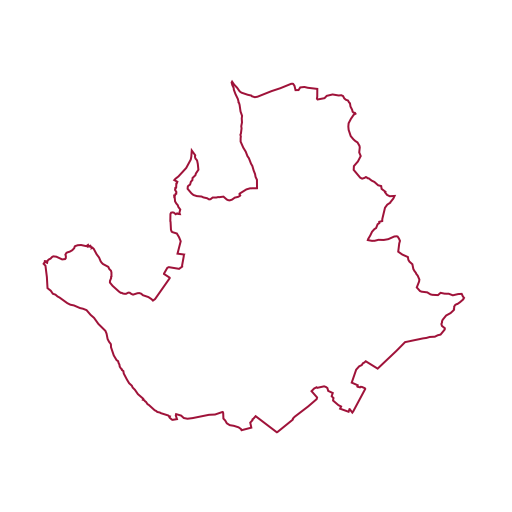 outline of Babadag, Tulcea, Romania, rotated 185°
{"feature_id": "2599482B29104749782755", "entity_name": "Babadag", "entity_type": "district", "adm_level": 2, "iso_a3": "ROU", "parent_name": "Romania", "parent_adm1": "Tulcea", "projection": "natural_earth1", "projection_center": [28.737, 44.879], "detail": "fine", "context": "isolated", "style": "outline", "palette": "rose", "viewbox_px": 512, "rotation_deg": 185, "n_neighbors": 0, "source": "geoboundaries", "source_scale": "gbopen_adm2", "svg_char_len": 6071}
<svg xmlns="http://www.w3.org/2000/svg" viewBox="0 0 512 512"><g transform="rotate(185 256 256)"><path d="M295.0,427.6L295.4,426.7L294.5,424.2L292.9,421.5L292.6,419.8L290.6,415.6L287.8,410.9L286.9,408.4L286.8,407.4L286.2,406.9L285.5,405.0L284.0,398.6L282.1,394.4L282.2,391.9L281.6,387.8L282.0,384.0L281.5,381.9L281.7,376.7L282.1,375.4L281.5,373.6L281.6,372.3L281.3,368.6L278.1,362.8L275.3,359.0L273.2,354.7L271.6,352.8L269.0,347.5L267.5,345.4L265.8,341.0L264.1,337.6L263.3,334.7L261.7,332.0L260.9,323.6L267.8,322.9L271.4,321.5L277.5,316.9L277.9,316.3L277.0,315.0L277.4,314.4L279.1,313.3L282.2,312.3L284.9,310.0L287.1,309.1L288.6,309.2L290.0,309.7L293.6,312.3L297.7,311.4L298.9,311.4L300.6,310.8L304.2,310.5L306.3,308.6L307.7,308.3L309.8,309.3L313.6,309.8L315.4,310.5L320.1,310.5L323.6,311.3L325.8,312.8L330.0,317.0L330.0,319.1L329.6,320.0L327.9,321.4L327.3,324.4L326.0,326.0L326.0,328.2L323.4,331.2L323.1,332.9L320.9,336.9L322.0,342.6L322.9,345.6L323.4,346.5L324.6,347.6L325.2,348.7L325.5,350.1L325.3,351.0L329.2,355.5L329.1,349.4L329.4,346.4L333.2,337.6L340.2,328.5L343.0,325.9L344.0,324.5L340.8,323.1L341.3,321.3L341.7,321.2L341.5,317.4L341.9,316.4L342.3,316.5L342.4,314.8L340.9,312.8L340.9,311.1L341.5,311.0L342.0,309.2L342.8,309.1L342.5,307.4L342.1,307.4L341.4,303.4L340.0,301.4L338.3,299.7L337.7,298.2L335.5,295.7L336.1,292.4L335.5,291.1L337.4,291.1L338.3,291.6L339.6,290.6L341.6,292.0L342.7,292.2L344.3,291.8L344.9,290.4L344.4,283.2L344.1,282.6L343.0,274.7L342.1,272.9L341.4,272.5L336.8,271.5L334.3,268.0L332.3,264.1L334.4,251.5L327.9,251.2L328.1,250.8L327.9,250.2L328.0,248.8L328.8,240.2L328.6,239.0L331.5,236.5L341.9,237.3L343.3,236.5L346.1,230.5L346.1,230.1L340.3,227.0L340.0,226.6L340.2,226.1L352.8,204.3L354.8,202.6L356.3,203.9L359.6,205.7L365.3,207.1L367.0,208.4L369.0,208.9L370.8,208.6L375.1,206.8L376.8,207.3L378.6,208.4L380.0,208.4L382.2,207.0L383.6,206.9L385.2,207.0L386.6,207.6L387.5,207.5L389.4,208.6L396.3,213.8L399.2,216.8L399.3,218.5L398.4,221.4L398.6,222.5L398.2,223.0L398.6,227.1L399.2,228.7L401.0,230.2L402.2,232.3L407.8,234.7L409.3,236.0L410.3,237.2L412.2,240.8L414.9,243.8L418.3,249.0L419.5,249.9L420.3,249.5L420.0,251.1L420.5,250.4L422.1,250.8L421.9,251.9L422.3,252.5L422.2,251.9L422.7,251.1L424.4,250.6L424.6,250.9L424.1,252.0L424.3,252.4L425.9,251.0L431.2,251.7L434.5,251.2L437.0,250.1L437.4,249.7L437.8,247.9L439.6,245.7L441.9,244.1L444.4,243.1L445.3,242.3L446.0,240.7L445.4,239.3L445.3,237.3L445.9,236.3L448.8,235.7L454.8,237.9L457.9,238.0L459.2,237.1L460.5,235.4L461.7,234.8L462.9,233.6L463.3,232.8L463.5,231.0L465.6,231.7L465.4,232.5L465.9,232.5L465.9,231.6L466.9,229.7L464.9,228.0L462.5,216.8L460.9,205.8L457.4,203.5L455.1,200.7L452.4,200.0L450.2,198.4L448.1,197.5L439.9,192.6L436.7,191.3L433.1,190.9L426.8,188.8L423.8,188.4L420.1,187.3L415.6,182.9L412.0,180.3L407.1,174.6L399.5,168.3L398.1,165.6L396.6,160.4L394.9,157.7L393.1,155.8L392.8,155.0L392.5,152.5L389.0,144.5L385.8,140.1L384.2,139.2L383.6,137.5L382.6,135.9L382.1,133.9L380.6,132.0L379.7,131.4L379.6,130.7L378.1,129.8L377.5,127.4L373.9,121.8L371.3,118.2L368.4,116.0L367.4,114.2L365.0,112.2L361.6,108.1L355.8,103.9L355.7,103.3L356.0,102.9L354.6,102.5L353.9,101.6L352.9,101.1L351.1,98.9L349.8,98.3L343.5,93.5L341.9,92.9L340.7,92.0L338.1,91.7L337.3,91.2L329.6,89.5L328.9,88.9L327.9,88.7L328.3,88.0L327.9,87.4L325.6,85.7L324.8,85.5L320.5,86.6L322.0,90.1L321.8,91.5L316.7,90.5L313.8,88.3L310.1,87.9L305.0,89.0L289.0,93.7L283.0,94.5L275.8,97.7L275.4,97.6L275.0,96.7L274.3,91.2L272.3,89.4L270.5,86.8L267.4,85.2L263.3,84.9L258.4,83.8L255.9,82.3L255.2,81.2L245.7,84.6L247.2,89.5L245.2,92.1L245.3,92.9L244.3,93.8L242.4,96.4L219.9,82.2L219.4,82.4L205.2,96.1L205.0,96.6L205.1,97.2L203.5,99.2L190.9,110.7L183.1,118.7L182.8,120.4L188.9,126.2L186.5,129.1L184.2,130.5L183.5,130.0L176.8,132.1L174.9,131.6L173.4,130.7L172.3,127.9L167.6,126.2L168.4,122.9L166.4,121.2L166.6,120.6L166.6,118.7L160.9,114.6L158.1,113.5L158.9,111.2L150.2,108.9L149.5,111.6L149.3,111.6L146.4,108.4L145.6,109.7L135.6,133.1L136.1,133.8L139.1,134.8L140.4,134.8L140.9,134.2L143.5,134.6L143.7,134.8L143.4,136.1L149.6,138.2L146.3,151.5L143.6,155.1L141.2,156.5L140.1,158.5L138.8,159.3L137.5,160.7L125.0,154.4L107.8,173.8L100.0,183.2L82.4,188.5L79.2,189.2L75.8,190.5L70.8,191.2L68.0,192.9L65.3,193.8L61.6,199.2L61.6,200.5L64.7,202.6L65.4,204.4L64.9,206.1L65.0,207.1L64.5,208.7L61.4,213.3L57.2,216.1L54.4,219.2L54.0,219.8L54.3,220.5L54.0,221.6L54.2,222.7L53.5,224.3L52.1,225.5L51.2,225.7L48.7,227.8L45.7,230.9L45.7,231.5L45.1,232.4L46.4,233.8L47.8,236.2L51.3,235.7L56.5,234.0L60.7,235.2L64.8,234.9L68.9,235.4L71.3,232.9L77.0,232.7L78.9,233.0L82.2,234.7L88.0,234.9L89.6,235.4L93.1,238.7L91.3,244.8L91.2,246.8L93.2,250.5L94.9,252.3L95.3,253.2L96.8,254.8L98.1,256.7L99.5,261.4L102.7,263.8L103.9,265.5L104.6,268.2L110.4,270.2L114.7,272.7L114.4,281.0L113.9,283.6L115.1,285.8L116.6,287.7L117.5,287.9L119.9,287.5L125.7,284.3L130.2,283.1L135.4,282.8L139.1,281.5L141.8,281.2L146.0,281.6L145.8,282.6L144.0,286.3L142.5,290.3L140.4,293.1L138.8,294.3L137.6,298.3L136.0,299.5L136.2,300.8L133.3,301.8L133.4,303.9L131.7,315.3L129.7,318.6L126.9,320.8L126.8,321.3L124.2,325.2L123.2,327.9L128.0,327.2L130.8,328.3L133.0,330.7L132.7,331.3L136.7,333.8L137.4,336.6L140.5,337.1L144.5,340.1L147.4,341.2L150.5,343.2L151.6,343.2L152.8,344.1L153.5,344.2L154.6,343.3L157.0,342.3L159.0,343.1L166.2,350.3L166.3,354.1L162.7,359.1L160.4,364.7L162.2,368.2L162.1,373.1L162.5,374.7L164.8,378.0L167.1,379.2L169.1,380.7L172.1,383.7L174.7,389.7L175.3,393.0L175.3,396.3L173.4,400.9L171.0,405.2L169.3,406.4L169.9,407.2L171.4,407.4L172.3,408.1L173.0,410.1L174.9,413.1L175.7,416.3L176.7,417.1L177.9,418.9L180.1,419.5L181.8,420.7L183.2,422.9L185.1,423.6L187.6,423.1L193.8,423.6L199.5,421.7L201.5,419.2L208.3,417.3L209.0,418.0L208.9,420.3L209.5,427.8L219.1,428.1L222.5,428.6L226.6,427.8L228.1,425.0L231.1,424.7L232.5,428.9L234.0,430.7L234.6,430.8L236.0,430.6L246.3,425.3L254.9,421.6L268.4,414.8L271.0,414.1L274.1,414.8L274.6,415.4L278.3,415.9L284.5,417.4L285.8,418.0L287.0,419.0L289.5,422.0L292.7,424.8L295.0,427.6Z" fill="none" stroke="#9f1239" stroke-width="2"/></g></svg>